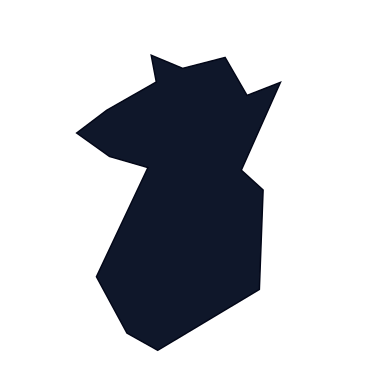 SVG path tracing the border of Al Wusţá, rotated 254°
{"feature_id": "BHR-4928", "entity_name": "Al Wusţá", "entity_type": "Governorate", "adm_level": 1, "iso_a3": "BHR", "parent_name": "Bahrain", "parent_adm1": "", "projection": "mercator", "projection_center": [50.59, 26.145], "detail": "fine", "context": "isolated", "style": "filled", "palette": "ink", "viewbox_px": 384, "rotation_deg": 254, "n_neighbors": 0, "source": "natural_earth", "source_scale": "10m", "svg_char_len": 368}
<svg xmlns="http://www.w3.org/2000/svg" viewBox="0 0 384 384"><g transform="rotate(254 192 192)"><path d="M136.9,76.8L227.6,156.4L248.9,122.5L280.5,97.4L294.1,132.6L307.6,188.0L334.7,190.5L313.4,217.1L312.2,260.9L269.7,271.5L273.0,307.2L199.4,245.4L174.3,260.9L79.8,229.9L49.3,115.4L74.3,90.6L136.9,76.8Z" fill="#0f172a" stroke="#020617" stroke-width="1.5"/></g></svg>